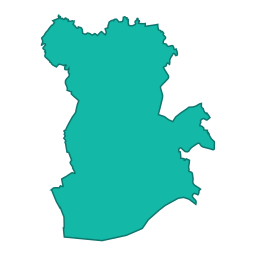 Yen Lac, Vĩnh Phúc, Vietnam
{"feature_id": "81297802B65483274658502", "entity_name": "Yen Lac", "entity_type": "district", "adm_level": 2, "iso_a3": "VNM", "parent_name": "Vietnam", "parent_adm1": "Vĩnh Phúc", "projection": "robinson", "projection_center": [105.577, 21.22], "detail": "fine", "context": "isolated", "style": "filled", "palette": "teal", "viewbox_px": 256, "rotation_deg": 0, "n_neighbors": 0, "source": "geoboundaries", "source_scale": "gbopen_adm2", "svg_char_len": 5607}
<svg xmlns="http://www.w3.org/2000/svg" viewBox="0 0 256 256"><path d="M172.5,45.6L171.3,45.7L168.9,46.4L167.7,46.2L167.1,45.8L166.6,44.5L166.1,44.1L164.1,43.6L163.3,43.3L163.1,42.8L163.5,40.8L163.8,40.1L165.5,38.3L165.5,37.1L163.3,34.9L163.3,34.2L163.7,33.3L163.0,32.4L162.5,31.6L162.0,31.5L161.3,31.8L160.9,31.8L160.8,30.9L160.7,30.6L159.6,30.3L158.5,29.9L157.8,26.6L157.8,24.4L154.5,25.0L145.3,26.3L145.3,23.5L144.4,23.7L140.0,23.6L138.5,23.2L138.9,22.0L139.4,21.6L139.4,21.1L139.3,20.7L139.0,20.7L138.8,21.0L138.3,21.0L138.2,20.5L138.0,18.8L137.8,18.4L137.4,18.4L137.1,18.5L137.0,18.9L136.8,19.7L135.1,21.4L135.1,22.4L135.6,23.5L135.6,23.9L135.2,24.6L132.5,25.7L131.5,25.9L130.3,25.8L129.8,25.6L128.5,25.0L128.5,24.0L128.2,23.1L128.2,19.6L128.0,19.2L126.9,19.2L126.8,18.7L127.0,18.3L127.0,17.8L126.0,17.7L125.2,17.0L124.7,16.8L123.3,17.3L123.2,19.6L122.4,21.5L120.8,21.9L118.9,22.0L117.2,19.9L116.6,19.3L115.9,19.2L115.1,19.2L114.3,19.4L113.8,20.0L113.8,20.6L113.7,20.8L112.7,20.2L111.3,20.7L110.1,21.4L109.1,22.2L108.0,26.0L108.0,27.2L107.7,28.0L106.6,28.2L105.2,28.7L105.2,29.2L106.2,32.0L106.2,32.4L105.8,33.9L105.3,34.8L104.6,34.2L103.2,33.2L101.9,31.8L101.3,31.6L99.7,33.0L97.5,35.5L95.2,33.7L94.7,33.6L94.3,33.8L93.0,34.7L92.4,35.0L91.7,34.8L89.6,33.5L87.6,33.0L86.4,33.7L86.2,34.1L84.4,34.1L82.8,33.3L82.6,32.7L82.3,29.7L81.5,28.1L81.0,27.7L78.3,26.9L78.1,28.1L77.3,28.2L76.8,28.1L75.9,27.3L75.3,26.3L73.2,24.3L73.8,22.8L74.0,21.7L74.0,21.2L73.7,21.4L72.8,20.9L72.4,20.8L70.5,21.3L70.0,21.3L69.4,21.1L68.2,21.3L67.9,20.9L68.0,20.7L68.4,20.1L68.4,19.6L67.7,19.1L66.4,19.2L66.1,18.3L65.6,18.0L65.4,18.0L64.8,18.6L64.5,19.3L63.6,19.4L63.2,19.4L62.9,18.8L62.5,18.4L61.2,18.7L60.8,18.3L60.6,17.7L60.5,16.7L60.3,16.5L59.7,16.4L59.2,16.1L58.8,15.7L58.7,15.4L58.3,15.9L58.3,16.4L58.6,17.3L59.3,18.1L52.8,20.7L54.5,22.4L52.6,25.2L51.8,25.2L49.5,27.9L47.7,30.5L45.9,32.4L44.2,35.3L43.3,36.5L42.7,36.9L41.7,37.9L41.8,38.7L42.4,39.9L42.6,40.9L42.7,41.8L42.6,42.3L41.7,44.3L41.6,45.1L42.1,45.0L43.2,44.0L44.8,43.7L45.1,43.8L45.5,44.5L45.5,44.9L43.8,46.9L42.9,48.1L43.3,48.8L44.2,49.7L45.1,50.2L45.4,50.6L45.4,51.0L44.7,51.9L45.6,52.5L45.0,55.4L44.8,55.9L45.3,57.0L49.7,61.0L49.7,61.9L51.2,62.7L51.4,63.6L53.0,65.1L56.4,66.9L58.7,64.3L59.9,64.3L62.5,64.9L63.1,65.2L63.4,65.5L64.1,65.4L65.4,64.9L66.3,65.3L64.9,66.8L64.7,67.8L64.7,69.0L65.2,69.6L68.0,69.8L68.9,68.1L69.0,68.7L68.3,71.5L68.5,73.0L69.3,73.6L69.5,73.9L69.1,74.8L69.2,75.8L68.9,76.4L66.5,79.0L65.7,80.2L65.5,80.8L65.4,81.8L65.5,83.6L67.2,87.4L67.3,89.3L67.1,90.3L71.5,91.9L71.3,93.9L74.0,96.5L78.3,100.2L78.8,100.8L77.5,104.1L76.5,108.2L75.7,112.1L75.2,113.2L72.2,117.3L70.9,119.7L68.7,123.6L66.4,128.2L65.8,129.8L65.1,130.3L64.4,130.5L64.1,130.7L64.0,131.1L64.9,132.9L64.9,133.3L64.2,134.3L65.3,135.9L63.8,138.2L65.6,140.3L65.8,141.4L65.0,142.1L65.6,143.7L67.0,152.1L68.7,152.4L69.6,154.8L71.6,160.2L70.2,162.2L70.4,163.5L72.7,167.0L72.6,168.0L75.0,172.6L75.0,173.1L74.9,173.3L74.5,173.4L72.3,172.7L71.6,172.9L65.8,176.7L63.9,177.7L61.7,179.0L63.1,186.4L62.1,186.5L60.6,185.8L60.0,186.3L59.7,186.9L59.6,187.4L59.2,187.8L58.4,187.9L56.4,187.7L55.6,187.7L53.7,188.0L52.9,188.4L51.4,189.7L51.5,189.7L56.4,201.6L59.9,207.9L60.3,207.5L62.6,213.5L63.5,215.6L63.9,216.7L64.0,217.3L64.2,224.4L64.1,227.8L63.4,227.9L64.3,237.0L102.1,240.6L126.4,235.3L142.3,228.4L148.4,219.6L159.4,209.9L165.2,205.4L178.3,198.2L183.7,197.4L189.1,199.2L195.8,204.3L196.1,202.7L196.0,201.4L195.7,200.5L192.6,197.2L192.4,196.6L192.4,195.9L192.6,195.0L193.1,194.2L193.7,193.6L194.2,193.5L194.7,193.5L195.9,193.9L197.9,194.8L198.2,194.4L198.5,193.8L198.8,192.9L199.0,191.0L199.2,190.4L200.5,189.2L199.1,188.1L194.7,185.3L193.8,184.4L193.2,183.5L192.8,182.5L192.9,180.4L193.1,179.1L192.4,173.7L192.1,172.9L191.3,172.2L188.9,171.4L188.7,171.0L189.0,170.3L189.0,169.1L188.6,167.8L188.7,166.0L189.2,163.3L189.5,160.3L186.2,158.8L185.0,160.3L184.1,160.0L184.3,159.4L184.3,159.0L184.0,158.7L180.6,158.1L180.7,157.0L180.7,155.4L180.4,153.1L180.2,151.9L180.0,151.7L179.7,151.6L178.9,151.8L178.7,150.6L178.7,149.6L179.1,148.8L179.6,148.2L180.2,147.9L180.6,147.9L181.2,148.0L183.8,150.5L184.9,151.4L186.3,151.8L187.5,151.8L188.7,151.2L190.0,149.2L191.4,147.6L194.4,145.5L197.3,143.6L198.2,143.2L199.1,143.2L199.6,143.6L200.9,145.5L201.7,146.3L203.0,147.0L210.2,148.8L212.4,149.6L213.4,149.7L214.0,149.4L214.3,148.7L214.4,142.3L214.2,141.5L211.5,139.0L210.2,137.0L209.4,135.4L209.0,133.7L208.2,133.8L208.3,132.5L207.4,132.4L207.4,130.3L204.7,130.1L203.9,129.9L203.7,127.9L201.8,126.2L200.7,125.9L199.9,125.8L199.8,124.9L200.8,122.5L200.8,122.0L200.5,121.1L200.6,120.6L201.7,119.3L203.0,118.7L203.6,118.6L204.1,118.7L205.9,119.8L206.7,120.0L207.2,119.9L210.0,117.6L208.8,115.7L206.8,113.0L206.3,113.7L205.4,113.0L204.6,112.1L203.9,111.0L203.4,109.4L203.3,108.8L203.1,108.5L202.2,108.0L201.4,106.7L201.4,103.4L199.7,103.9L197.8,104.9L196.2,106.0L192.9,107.0L188.9,107.2L186.8,108.9L180.4,113.2L175.7,117.0L174.5,118.8L172.8,121.6L168.9,119.9L167.6,119.0L165.5,117.4L164.3,116.6L158.4,114.6L158.4,114.2L160.7,105.1L162.5,97.7L162.6,95.7L162.5,94.8L160.5,88.0L160.5,86.5L162.6,84.2L165.7,81.1L168.1,78.5L168.5,77.7L168.6,76.4L168.5,75.9L163.5,67.8L163.4,67.5L163.6,67.1L165.1,66.3L165.7,66.1L166.2,65.8L166.5,64.4L167.0,63.4L167.3,63.1L167.9,63.1L168.4,63.3L169.4,64.4L169.6,64.2L169.5,63.8L169.8,62.8L169.7,60.7L170.0,59.2L171.0,57.1L171.8,56.0L173.0,53.7L173.4,53.5L174.2,53.5L174.7,54.0L175.4,55.1L175.8,55.6L176.9,55.3L177.3,54.7L177.4,53.3L177.0,51.5L176.1,49.0L175.3,49.4L174.3,49.5L173.9,48.7L173.6,47.1L172.9,45.9L172.5,45.6Z" fill="#14b8a6" stroke="#0f766e" stroke-width="1.5"/></svg>